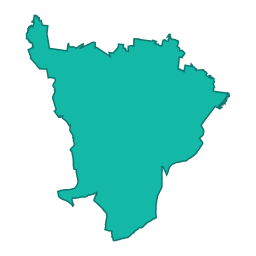 Tacotalpa, Tabasco, Mexico
{"feature_id": "50627088B19731547839915", "entity_name": "Tacotalpa", "entity_type": "district", "adm_level": 2, "iso_a3": "MEX", "parent_name": "Mexico", "parent_adm1": "Tabasco", "projection": "natural_earth1", "projection_center": [-92.714, 17.516], "detail": "fine", "context": "isolated", "style": "filled", "palette": "teal", "viewbox_px": 256, "rotation_deg": 0, "n_neighbors": 0, "source": "geoboundaries", "source_scale": "gbopen_adm2", "svg_char_len": 5625}
<svg xmlns="http://www.w3.org/2000/svg" viewBox="0 0 256 256"><path d="M124.4,238.2L126.1,237.6L127.8,237.6L130.3,235.5L132.8,232.9L133.9,232.8L133.9,232.4L134.8,231.2L137.8,229.2L139.4,227.6L140.0,227.5L140.5,227.7L141.2,227.3L141.5,227.7L141.9,227.5L143.2,226.6L145.2,224.4L145.7,223.5L146.2,223.8L147.3,222.5L150.2,221.2L153.3,218.9L154.0,218.6L154.5,218.7L154.6,218.4L155.9,217.8L155.8,217.6L156.4,216.8L155.9,214.5L155.8,213.4L156.0,205.2L156.8,199.7L157.3,198.0L157.2,197.2L157.5,196.7L157.3,196.2L157.4,195.6L158.2,194.8L159.3,192.0L160.7,189.6L161.9,186.9L161.9,172.2L162.2,170.4L161.7,166.8L162.5,166.6L163.0,166.7L166.5,174.2L166.6,174.9L167.3,173.9L169.3,167.5L170.4,165.9L172.4,164.2L176.5,162.4L178.5,162.3L182.5,161.2L186.0,160.9L186.9,160.3L188.8,158.6L190.3,158.0L193.2,155.9L196.2,153.4L197.6,150.9L198.3,150.3L199.6,148.4L201.5,145.2L202.3,144.2L202.7,143.2L202.5,142.4L199.5,138.1L202.8,135.3L203.2,134.4L203.6,132.4L203.8,130.9L203.7,130.2L201.1,125.4L203.0,122.5L215.2,106.3L219.8,108.8L220.2,108.3L221.1,107.9L221.9,107.2L220.9,106.9L219.6,107.3L218.8,106.9L218.6,106.2L218.7,105.9L219.3,106.1L220.0,106.0L220.1,105.6L219.4,105.0L220.4,104.1L221.4,105.0L221.9,104.2L222.2,104.1L222.6,104.9L222.9,104.9L223.0,104.3L221.6,102.9L221.6,102.6L222.5,102.5L223.6,103.3L223.9,102.6L224.2,103.5L224.7,103.4L225.0,103.7L225.1,102.3L223.9,101.5L223.5,100.8L224.5,100.1L225.7,100.0L225.9,101.3L226.4,101.0L226.6,100.2L226.6,99.2L225.1,99.2L225.0,98.8L226.9,98.1L226.4,97.0L226.5,96.3L227.9,96.4L228.1,96.5L228.1,96.9L228.3,97.0L229.3,96.3L229.4,95.7L229.1,94.7L228.8,94.4L228.0,94.5L227.6,94.1L228.3,93.8L228.6,93.4L227.3,92.8L226.4,93.5L226.1,93.0L213.3,91.3L213.5,88.5L214.3,87.7L214.5,87.3L213.3,84.1L213.5,83.2L214.2,82.4L214.4,81.6L213.7,79.9L214.0,78.8L213.6,78.3L212.1,77.5L211.7,77.5L211.4,78.3L211.1,78.4L210.7,77.4L210.9,76.0L210.2,75.5L209.4,75.5L208.8,75.9L208.8,76.3L209.8,77.4L209.6,77.7L209.2,77.6L208.2,76.6L206.7,75.9L206.2,75.3L206.1,74.8L206.5,73.9L207.0,73.3L205.7,71.8L204.7,71.6L203.5,69.8L196.2,70.3L196.3,69.8L196.1,68.9L195.5,69.1L194.7,67.6L194.1,67.1L193.1,66.9L192.5,66.3L192.5,65.6L191.2,64.0L190.8,66.3L185.2,65.2L184.1,71.7L183.4,71.5L183.5,70.5L180.3,70.2L180.5,69.3L178.1,69.0L179.3,57.1L182.1,57.6L182.0,57.1L182.5,56.7L183.0,55.7L184.1,54.6L184.6,53.8L184.7,53.0L183.6,52.1L183.3,51.5L182.4,50.9L182.2,50.4L179.8,50.7L179.4,49.3L179.6,48.7L179.3,47.9L177.3,46.6L178.2,42.9L178.4,41.4L178.2,41.1L177.7,41.1L177.6,40.8L176.4,40.7L176.0,40.0L175.5,39.8L175.0,39.8L173.3,39.2L172.0,39.4L171.4,39.3L170.2,35.9L170.1,34.6L169.8,34.2L169.0,34.5L167.6,36.8L168.2,36.5L168.9,36.7L169.3,37.3L169.3,37.9L168.3,39.0L168.4,39.3L168.2,39.6L168.5,39.9L168.0,41.2L167.8,41.4L167.0,41.5L164.7,39.7L164.0,40.2L163.2,40.2L162.9,41.1L161.8,45.9L159.0,45.5L158.4,45.2L158.5,44.3L154.7,43.6L156.4,41.6L153.1,40.3L152.7,41.3L141.3,39.8L139.1,39.4L139.2,39.1L134.0,38.8L133.7,46.2L131.9,45.7L130.1,45.9L129.5,46.2L128.3,46.2L128.2,51.5L125.6,50.6L125.9,49.1L124.9,49.0L125.0,48.3L123.3,48.1L123.5,44.6L118.5,44.2L118.2,47.3L113.0,53.1L109.0,52.5L110.2,56.5L96.5,47.4L95.2,47.8L95.2,42.7L93.0,42.2L80.6,48.2L80.4,48.2L81.0,47.5L82.8,46.1L83.1,45.4L83.2,43.9L81.8,44.5L76.5,48.0L72.4,46.7L70.2,47.2L69.6,46.3L68.7,45.8L68.6,43.7L68.0,44.1L67.1,50.9L49.4,48.4L46.9,33.9L47.8,25.8L42.3,25.2L41.1,20.5L40.3,20.4L39.7,20.7L38.8,19.6L39.4,18.6L39.3,17.9L38.6,17.6L37.2,17.6L37.6,16.4L36.2,16.2L36.1,15.4L35.6,15.4L35.3,15.7L34.3,15.4L33.5,20.7L33.6,21.5L32.4,21.1L31.9,21.9L34.1,22.5L32.8,26.9L31.6,25.4L30.7,26.1L31.0,26.5L30.7,27.0L30.0,26.1L29.2,26.8L29.6,27.3L28.9,28.1L28.6,27.8L27.9,28.7L28.6,29.5L27.8,30.3L28.2,30.8L27.7,31.9L28.0,32.1L27.6,32.7L27.4,32.5L26.6,33.8L26.6,38.8L28.1,38.8L28.5,40.5L29.1,40.3L29.4,42.0L30.3,41.7L30.6,42.4L30.8,42.3L31.2,43.0L31.8,42.7L33.1,45.5L32.4,45.9L33.0,47.3L28.2,49.8L30.7,56.7L30.4,58.2L35.6,63.8L37.0,65.8L39.7,68.8L46.8,69.1L48.3,77.9L49.3,77.4L54.8,78.2L55.4,80.3L55.1,81.7L53.6,83.6L53.0,85.3L53.2,86.3L54.8,88.6L55.0,89.9L54.4,90.3L55.0,91.7L52.8,96.7L52.8,98.4L56.2,109.6L54.3,111.2L57.5,115.5L57.9,116.0L58.3,116.0L58.4,116.5L58.7,116.7L58.8,117.3L59.3,117.3L59.5,116.5L60.0,116.2L60.4,116.2L60.2,116.5L60.4,117.2L61.2,116.9L61.9,116.1L62.5,116.0L62.2,116.5L62.9,118.5L64.3,119.6L64.6,119.6L66.2,121.2L67.1,122.1L69.4,125.9L70.3,125.3L69.9,130.6L71.1,132.5L71.6,132.9L72.6,135.1L73.2,135.6L72.9,136.9L73.0,138.2L73.6,138.3L73.4,140.7L74.1,142.7L74.4,144.5L73.8,145.9L70.7,148.9L70.3,150.3L71.4,151.1L71.9,151.9L72.5,155.1L72.9,156.5L73.3,159.9L73.4,164.9L73.6,167.3L73.9,168.8L74.2,169.2L76.1,169.5L76.5,169.8L76.3,171.2L76.4,172.6L78.0,180.4L78.0,182.0L77.7,183.5L76.5,186.1L74.5,188.3L70.0,189.6L64.2,189.9L60.8,190.5L57.7,191.5L58.8,196.5L60.3,197.9L61.4,198.6L63.2,199.5L66.3,200.6L67.8,201.5L71.6,204.3L72.7,206.2L73.0,206.0L73.6,204.5L72.8,203.9L72.8,203.0L72.5,202.3L72.5,201.5L71.9,200.5L71.9,199.7L72.6,198.2L75.4,198.1L77.3,197.9L81.7,197.0L82.7,196.6L83.1,197.0L85.3,196.9L87.3,196.0L88.7,194.8L89.7,195.2L91.1,194.6L93.8,194.0L95.7,192.6L96.0,192.7L96.7,192.4L97.0,192.9L96.7,193.3L96.7,194.3L96.1,194.6L96.4,195.2L96.0,195.7L95.7,195.4L95.3,196.3L95.0,197.1L95.1,197.5L94.4,198.3L94.3,199.5L94.0,199.8L93.9,200.5L99.6,205.6L102.7,208.8L103.0,208.8L103.5,209.8L103.7,210.6L104.6,210.8L104.9,211.0L105.2,212.2L106.1,212.8L106.9,214.6L107.0,216.0L106.3,219.5L105.9,222.8L105.4,224.6L105.8,225.2L105.8,226.5L105.0,229.6L109.0,230.8L111.6,231.0L111.8,231.5L111.6,232.6L112.3,236.1L111.8,236.6L111.9,236.9L113.1,238.2L113.1,239.8L113.4,240.4L113.7,240.6L115.5,240.5L122.1,238.6L124.4,238.2Z" fill="#14b8a6" stroke="#0f766e" stroke-width="1.5"/></svg>